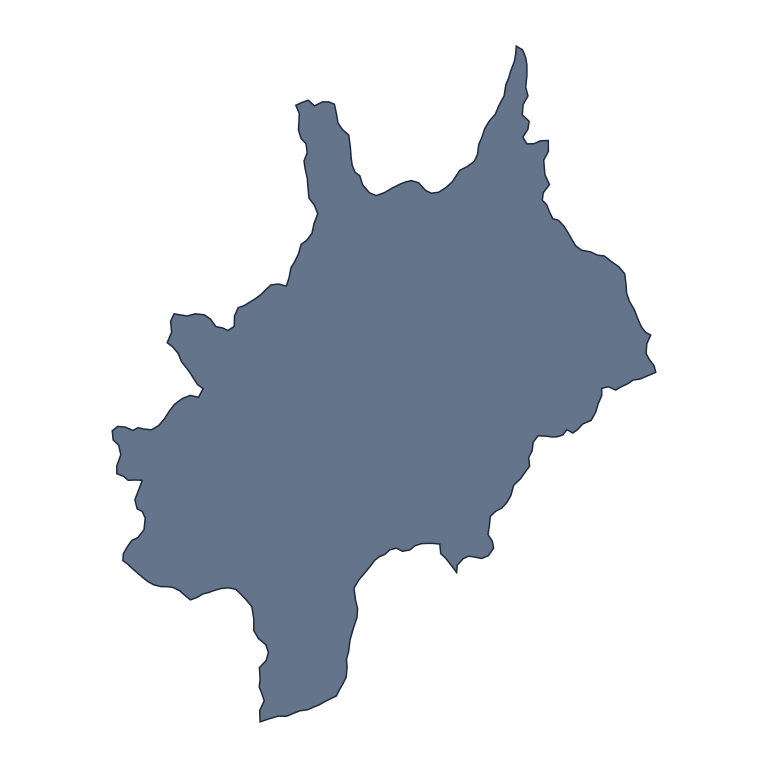 Campanário, Minas Gerais, Brazil
{"feature_id": "56859067B36215621626417", "entity_name": "Campanário", "entity_type": "district", "adm_level": 2, "iso_a3": "BRA", "parent_name": "Brazil", "parent_adm1": "Minas Gerais", "projection": "equal_earth", "projection_center": [-41.737, -18.28], "detail": "fine", "context": "isolated", "style": "filled", "palette": "slate", "viewbox_px": 768, "rotation_deg": 0, "n_neighbors": 0, "source": "geoboundaries", "source_scale": "gbopen_adm2", "svg_char_len": 3767}
<svg xmlns="http://www.w3.org/2000/svg" viewBox="0 0 768 768"><path d="M650.7,335.1L645.6,332.3L641.4,327.0L637.6,318.2L634.3,309.6L629.5,301.5L626.6,293.2L626.1,285.2L624.7,273.8L618.7,266.7L611.4,261.6L604.4,256.0L597.3,255.1L590.8,251.9L581.6,250.2L575.7,245.8L572.0,239.7L568.4,233.2L563.8,225.9L558.3,220.2L552.8,218.7L549.5,211.9L546.6,204.6L542.3,200.2L543.2,192.9L549.5,184.5L544.9,174.7L543.7,160.2L548.4,151.4L548.3,140.5L540.4,140.8L534.1,143.7L526.9,143.9L522.9,137.1L528.0,129.1L529.1,121.3L522.3,114.8L523.1,104.6L528.0,95.9L525.7,87.1L526.9,75.7L526.9,65.0L525.7,57.5L522.6,49.9L516.3,46.1L515.7,53.8L514.4,61.3L511.0,70.1L508.5,78.4L505.8,84.9L504.1,95.9L498.9,105.5L495.3,114.2L489.1,121.3L484.6,128.9L482.3,136.2L478.7,144.6L477.6,154.1L474.4,161.2L467.3,166.5L459.7,170.4L455.7,176.5L452.3,181.8L445.9,187.6L438.7,192.2L431.4,193.2L425.7,190.5L418.5,182.7L411.4,180.6L406.2,181.8L400.3,184.0L392.4,187.9L384.7,192.5L376.2,195.6L369.5,192.8L362.7,184.9L359.8,175.7L355.0,172.3L352.2,165.2L351.1,157.5L350.4,147.6L348.8,135.1L342.3,129.4L338.0,123.0L336.6,114.5L334.4,104.2L328.9,101.9L322.5,101.9L314.5,105.8L308.3,100.2L302.1,102.4L295.8,105.3L299.2,113.3L299.0,122.1L298.4,129.6L301.0,138.4L306.1,143.9L307.2,152.9L304.0,160.9L305.0,168.2L307.2,177.9L308.1,188.8L309.0,198.1L314.5,205.4L317.7,213.8L314.0,223.6L312.0,233.2L306.6,240.5L301.2,244.2L298.4,254.1L294.4,262.1L291.0,267.7L289.0,278.1L286.2,286.1L278.6,284.0L271.0,284.9L266.2,289.3L261.1,294.4L255.2,298.8L250.1,301.9L244.7,305.3L238.2,307.7L234.5,316.0L234.2,326.4L228.0,330.4L222.5,327.9L216.0,326.7L210.4,319.0L204.2,314.8L195.2,313.8L187.2,316.0L180.7,315.0L174.1,313.8L170.6,321.3L171.6,332.3L167.2,342.7L172.5,346.8L178.1,353.3L181.6,361.9L186.0,367.3L190.0,372.7L193.8,378.8L197.7,384.7L203.1,388.6L198.5,397.3L190.3,395.4L182.4,398.5L174.5,404.3L169.6,410.7L164.7,418.4L158.7,425.5L151.3,429.8L143.2,428.9L138.0,427.7L132.9,430.4L125.3,427.1L117.7,426.4L112.2,430.8L113.2,440.0L118.7,445.3L120.8,454.8L116.8,465.8L116.8,473.7L123.6,476.4L128.2,480.3L135.5,480.0L142.2,480.3L139.1,488.7L134.9,499.7L137.1,508.8L142.2,511.5L145.2,517.9L144.0,529.7L137.8,537.6L131.8,540.4L127.3,546.8L123.4,553.6L122.8,560.5L128.4,564.7L132.6,568.8L137.5,573.0L142.5,577.3L147.6,581.4L153.7,584.8L160.7,586.6L168.0,586.7L173.2,587.5L179.6,590.7L184.1,594.7L190.4,599.9L197.4,597.3L203.1,593.8L208.2,592.7L213.5,590.7L221.2,588.5L228.3,587.8L235.9,589.3L241.3,594.7L246.2,599.9L251.8,606.7L253.8,618.9L253.8,630.7L258.6,638.7L265.9,644.8L268.4,652.5L266.2,660.5L259.4,667.6L260.1,679.4L259.2,687.0L261.7,693.3L264.2,700.6L259.7,710.5L260.1,721.9L268.5,719.0L278.4,716.1L286.3,716.3L293.1,713.5L299.8,710.8L307.4,709.8L313.5,707.1L319.1,704.9L325.1,701.5L331.3,698.4L336.3,696.0L339.7,689.3L343.2,683.3L346.2,677.1L347.1,667.1L346.5,659.1L348.6,651.6L350.0,640.2L353.3,628.5L357.0,617.5L357.6,608.7L355.6,600.4L354.0,588.2L358.9,579.8L365.0,572.7L370.6,565.9L374.6,560.4L379.4,556.7L384.7,554.5L389.6,549.9L396.3,548.2L402.6,551.3L409.9,549.9L415.0,545.7L421.7,543.6L427.4,543.4L433.1,543.4L439.8,544.1L440.7,553.6L445.9,558.5L451.5,565.7L456.6,572.5L457.3,565.0L463.3,558.6L468.7,556.2L474.4,557.0L481.5,558.5L488.3,555.8L493.6,548.2L492.3,541.1L488.0,534.6L489.4,525.4L490.3,516.3L495.9,511.1L501.9,508.0L507.0,502.3L510.9,495.5L513.7,485.2L520.5,478.8L525.0,472.3L529.6,466.2L528.7,457.5L532.1,450.9L533.2,442.2L538.1,435.8L545.8,436.1L551.1,436.9L556.7,436.9L563.0,434.9L566.9,429.6L572.9,433.0L577.6,429.6L582.7,424.0L591.2,420.3L595.7,412.1L598.0,404.3L601.7,395.6L601.7,388.3L608.5,386.8L615.7,390.1L621.3,386.7L627.3,384.0L633.2,380.0L639.9,379.1L647.0,376.1L655.8,372.3L654.0,365.5L649.6,359.9L646.1,353.6L646.8,343.9L650.7,335.1Z" fill="#64748b" stroke="#1e293b" stroke-width="1.5"/></svg>